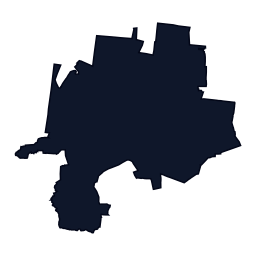 outline of Romita, Guanajuato, Mexico
{"feature_id": "50627088B33235829634906", "entity_name": "Romita", "entity_type": "district", "adm_level": 2, "iso_a3": "MEX", "parent_name": "Mexico", "parent_adm1": "Guanajuato", "projection": "mercator", "projection_center": [-101.614, 20.816], "detail": "fine", "context": "isolated", "style": "filled", "palette": "ink", "viewbox_px": 256, "rotation_deg": 0, "n_neighbors": 0, "source": "geoboundaries", "source_scale": "gbopen_adm2", "svg_char_len": 5491}
<svg xmlns="http://www.w3.org/2000/svg" viewBox="0 0 256 256"><path d="M25.4,145.2L25.3,146.2L23.1,146.2L22.9,146.9L21.0,146.6L20.8,147.7L20.7,148.5L20.5,149.4L20.1,149.8L19.4,150.4L19.3,150.5L18.8,150.5L18.5,151.2L18.2,151.7L17.8,151.3L16.7,152.4L16.3,152.3L15.4,153.9L15.6,155.2L15.7,155.4L16.8,155.4L16.9,155.6L18.2,156.0L18.0,156.3L18.7,157.0L19.3,157.1L19.5,157.8L20.4,158.1L23.3,158.0L24.4,158.2L26.0,158.2L27.1,158.1L27.3,158.0L27.5,157.4L28.1,154.6L28.2,154.2L28.9,153.4L30.0,152.4L31.1,152.0L31.2,153.3L31.8,153.2L32.4,152.8L33.8,153.6L34.4,152.4L36.2,152.6L36.2,151.5L37.7,151.6L37.7,150.4L39.5,150.6L42.8,150.6L43.1,152.0L43.2,153.1L45.8,153.3L45.8,153.0L47.8,153.2L48.5,153.3L50.5,153.4L54.2,153.7L54.7,153.5L56.3,153.6L56.4,154.1L58.1,153.3L58.5,152.7L60.1,151.0L61.3,149.8L65.2,149.8L65.6,155.7L68.6,164.7L67.3,165.0L67.0,165.0L65.4,165.2L64.9,165.1L64.9,165.3L64.8,165.7L63.3,165.7L63.3,165.8L62.5,165.7L60.7,166.6L60.3,173.8L60.5,179.9L56.2,182.6L56.8,183.9L54.8,185.8L54.5,187.5L55.5,189.3L55.3,190.2L56.7,191.1L56.2,191.2L56.3,191.7L56.2,192.2L55.5,192.3L54.9,193.0L53.7,193.2L53.9,193.9L54.4,195.9L53.0,196.0L53.0,196.4L52.8,196.4L52.3,197.3L52.1,197.3L51.8,197.8L51.9,198.1L51.6,198.3L51.3,198.3L51.0,198.9L51.1,199.4L51.3,199.5L51.2,199.7L50.8,200.0L51.1,200.0L51.8,199.8L51.9,202.3L52.7,202.6L52.8,202.7L52.8,203.0L53.1,203.6L53.4,203.7L53.2,204.0L52.9,204.3L52.8,204.7L52.4,205.1L52.9,205.7L53.6,205.5L54.1,206.3L55.0,207.0L55.3,207.6L57.0,208.3L57.0,208.5L56.6,208.8L56.3,209.3L56.5,209.6L56.5,209.8L56.1,210.1L55.7,210.1L55.7,210.3L55.7,210.5L56.9,211.4L57.7,211.8L57.8,211.9L58.2,213.0L58.6,213.5L59.0,214.5L58.9,215.3L58.9,216.0L59.3,217.8L59.6,218.5L59.6,219.8L59.5,220.6L59.1,221.4L58.9,222.3L59.0,223.0L58.8,224.2L59.1,225.8L60.0,227.7L60.7,227.8L61.1,227.7L61.9,227.7L62.4,227.9L63.2,228.4L63.4,228.4L64.0,228.3L64.4,228.4L64.7,228.4L65.0,228.5L65.9,228.7L67.3,229.2L68.1,229.2L68.4,229.0L68.7,229.0L68.8,229.1L69.2,229.7L69.5,229.7L70.1,229.5L71.7,229.9L74.3,229.8L75.1,229.9L75.8,230.3L77.0,230.5L77.3,230.5L77.5,230.4L78.0,229.7L78.4,229.2L78.9,229.0L79.2,229.0L79.6,229.0L80.2,229.3L80.3,229.4L80.5,230.0L80.8,230.6L81.6,230.7L81.7,230.4L81.8,230.4L82.1,230.5L82.8,230.5L83.0,230.6L83.5,230.5L84.5,230.2L84.8,229.8L85.1,229.8L85.5,229.6L86.1,229.6L86.2,229.8L86.9,230.0L87.2,230.4L87.6,230.6L87.8,230.8L89.1,231.4L89.6,231.4L90.0,231.7L90.4,231.6L90.6,231.6L90.9,231.8L91.2,232.1L91.5,232.3L91.6,232.5L92.8,232.8L93.2,232.7L93.3,232.6L93.9,230.8L94.1,230.5L94.6,229.7L95.4,229.5L97.4,229.1L97.7,228.8L98.0,228.1L98.4,227.5L98.8,227.2L99.4,226.9L99.9,227.0L100.8,219.9L101.0,217.2L101.4,217.2L101.0,216.2L101.1,214.3L102.9,214.7L104.6,214.8L108.4,214.9L107.6,214.1L107.8,212.8L107.7,212.5L107.7,211.8L108.0,210.3L109.3,207.5L109.8,207.2L110.0,206.4L110.2,205.3L108.6,205.1L107.0,204.1L99.6,204.2L98.7,201.6L98.8,199.0L98.8,197.1L96.7,191.6L94.9,188.7L93.7,187.1L94.2,184.6L94.1,183.8L94.4,183.1L95.2,182.5L96.2,181.8L96.9,181.8L98.1,177.5L98.4,176.0L102.6,172.4L102.5,172.0L108.3,168.8L111.8,167.5L118.7,164.8L122.6,162.4L126.6,160.2L127.8,159.9L128.9,160.0L130.3,160.4L131.9,161.3L132.5,161.8L133.3,163.5L138.1,170.6L133.6,172.2L134.7,175.2L136.4,178.0L136.5,177.9L138.2,177.9L141.1,178.3L141.4,178.3L142.3,178.1L145.1,178.6L150.7,178.7L151.5,180.4L153.4,189.3L154.6,189.1L160.8,187.7L160.7,182.1L160.8,181.4L160.9,179.2L160.8,177.3L160.6,176.4L160.6,173.8L163.9,175.0L164.4,175.3L167.6,176.6L170.0,177.4L184.2,182.7L187.4,180.4L187.9,179.9L188.4,179.6L189.7,178.7L190.1,178.5L191.2,177.6L192.0,177.1L196.3,174.2L198.3,173.9L200.6,165.8L200.3,165.1L201.2,165.0L201.4,164.9L205.9,160.2L208.0,157.8L210.0,157.6L211.6,156.9L212.6,156.6L215.1,156.5L215.2,154.0L217.9,154.0L220.7,153.8L220.8,152.5L240.6,145.5L239.1,141.8L235.0,136.2L235.2,134.2L234.9,131.7L234.1,131.3L233.7,129.4L233.3,127.6L233.1,127.6L233.1,127.3L231.9,123.2L231.7,120.9L232.1,120.9L232.9,116.4L232.7,116.3L232.7,115.9L233.7,113.0L234.5,106.3L234.5,105.6L234.9,102.6L234.9,102.4L235.1,102.3L234.0,102.3L223.2,101.1L220.6,100.7L218.5,100.6L216.6,100.3L203.9,98.9L201.1,99.1L201.6,97.2L203.3,92.1L202.4,92.2L201.3,90.5L198.9,90.4L198.6,90.5L198.6,89.1L198.1,89.1L198.0,86.4L206.1,86.4L206.4,84.3L206.2,80.5L206.0,80.4L206.0,80.1L206.0,77.4L206.3,72.1L206.3,66.7L204.9,66.7L205.2,61.5L205.2,57.2L204.9,54.0L204.4,54.0L204.3,51.8L203.4,51.7L203.4,49.8L198.7,49.4L198.6,48.3L204.5,48.8L204.5,47.8L205.5,47.9L205.4,46.3L189.5,44.8L188.8,32.3L189.9,27.4L178.4,26.0L173.3,24.9L157.7,23.2L157.0,29.2L156.2,37.6L155.7,41.9L154.8,41.9L153.9,50.9L153.0,55.1L146.3,53.7L138.7,52.6L142.3,45.2L143.3,41.5L136.3,39.6L136.8,28.0L133.4,28.4L133.1,28.6L134.1,28.5L131.9,38.6L121.1,37.8L114.8,37.2L96.7,35.7L94.6,51.1L93.9,56.6L92.7,66.3L81.0,61.1L80.7,61.1L79.3,60.7L77.0,63.0L77.6,63.2L77.6,63.7L77.4,63.9L77.8,64.0L76.7,65.1L74.8,66.9L78.6,71.7L78.5,74.0L76.0,74.2L75.3,73.7L75.9,72.5L75.7,72.0L75.9,71.4L76.0,71.4L75.5,70.6L74.1,70.6L73.5,70.7L73.1,70.9L72.5,71.0L70.4,71.9L69.9,72.7L69.9,72.9L68.2,75.3L68.1,75.5L66.6,78.2L66.1,78.6L65.7,79.2L64.3,81.2L62.8,83.4L61.8,85.2L61.8,85.3L61.3,86.8L60.9,86.6L60.0,88.3L59.2,88.0L58.5,87.8L57.4,85.5L56.3,83.4L55.0,79.8L57.2,73.6L60.7,65.1L54.2,64.2L51.2,89.7L48.5,108.9L48.0,114.9L45.3,132.4L49.4,132.9L48.3,135.9L48.2,135.9L47.8,137.1L48.4,137.6L47.0,137.5L44.7,137.5L44.3,137.5L43.7,137.7L41.5,137.8L38.8,138.7L38.4,138.9L38.1,139.4L37.7,140.5L37.4,141.8L37.2,142.5L35.7,142.9L34.2,144.6L25.4,145.2Z" fill="#0f172a" stroke="#020617" stroke-width="1.5"/></svg>